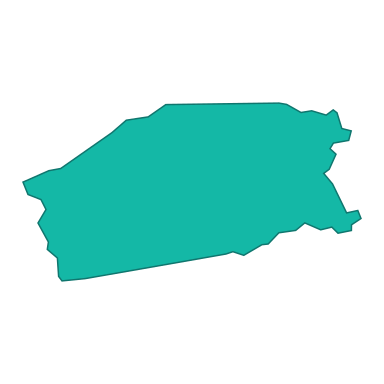 the district of Madison, Texas, United States of America
{"feature_id": "52423323B16147855559492", "entity_name": "Madison", "entity_type": "district", "adm_level": 2, "iso_a3": "USA", "parent_name": "United States of America", "parent_adm1": "Texas", "projection": "natural_earth1", "projection_center": [-95.854, 30.959], "detail": "fine", "context": "isolated", "style": "filled", "palette": "teal", "viewbox_px": 384, "rotation_deg": 0, "n_neighbors": 0, "source": "geoboundaries", "source_scale": "gbopen_adm2", "svg_char_len": 719}
<svg xmlns="http://www.w3.org/2000/svg" viewBox="0 0 384 384"><path d="M279.0,103.1L165.8,104.6L148.2,116.9L126.3,120.2L112.0,132.6L60.7,168.5L48.8,170.7L23.0,182.1L28.0,194.5L41.0,199.6L46.0,209.5L38.0,223.0L48.4,242.0L47.3,249.4L57.4,258.0L58.6,276.4L62.0,280.9L85.2,278.6L226.0,254.0L232.9,251.7L243.8,255.3L261.9,244.7L268.2,244.0L278.8,232.8L295.7,230.4L304.8,222.9L320.7,229.8L331.8,227.1L338.0,233.2L351.4,230.5L351.5,224.8L361.0,218.5L357.8,210.5L346.6,212.9L332.5,183.9L323.7,173.4L329.2,169.3L336.0,154.2L330.0,148.7L333.4,143.1L348.7,140.4L351.2,130.9L341.8,128.5L337.0,112.8L333.2,109.9L326.2,115.1L311.7,110.8L301.0,112.5L286.6,104.4L279.0,103.1Z" fill="#14b8a6" stroke="#0f766e" stroke-width="1.5"/></svg>